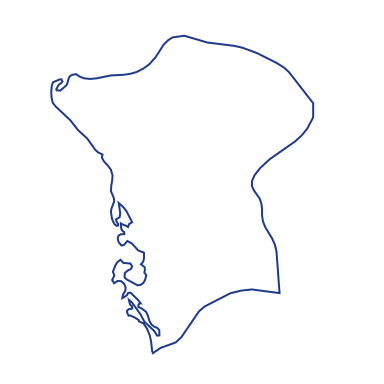 the border of Phú Yên, rotated 174°
{"feature_id": "VNM-482", "entity_name": "Phú Yên", "entity_type": "Province", "adm_level": 1, "iso_a3": "VNM", "parent_name": "Vietnam", "parent_adm1": "", "projection": "orthographic", "projection_center": [109.224, 13.226], "detail": "fine", "context": "isolated", "style": "outline", "palette": "blue", "viewbox_px": 384, "rotation_deg": 174, "n_neighbors": 0, "source": "natural_earth", "source_scale": "10m", "svg_char_len": 2563}
<svg xmlns="http://www.w3.org/2000/svg" viewBox="0 0 384 384"><g transform="rotate(174 192 192)"><path d="M247.7,35.8L248.3,38.1L248.3,47.3L249.0,53.8L251.0,60.8L254.1,66.5L258.2,68.8L258.4,70.2L262.2,73.2L266.5,75.7L268.0,75.6L269.1,78.6L269.0,80.8L267.3,82.0L263.6,82.3L263.6,84.6L265.0,86.0L265.5,87.0L266.0,91.3L263.3,88.5L256.1,75.9L252.8,67.8L244.1,57.8L241.7,52.8L239.4,52.8L239.0,58.1L240.8,60.5L243.5,61.9L246.1,64.3L247.7,67.9L249.0,74.4L250.3,77.8L254.5,81.6L257.4,83.3L257.1,85.3L255.8,86.8L254.7,86.6L256.9,90.2L263.6,98.3L266.0,98.3L267.2,96.5L268.4,95.6L272.4,93.8L271.4,97.0L268.6,100.9L268.0,103.8L269.1,108.0L271.8,110.7L275.4,111.3L279.0,109.4L280.6,112.8L277.9,117.2L279.0,120.9L275.9,127.0L273.8,129.8L270.3,132.1L267.6,128.6L260.7,127.3L259.3,124.1L260.8,121.9L264.2,120.5L267.3,118.4L268.0,114.1L266.1,111.9L255.9,104.9L252.8,105.1L250.3,106.3L248.1,109.0L246.1,114.1L247.8,116.8L247.0,119.4L246.9,122.2L250.3,125.4L247.8,127.8L246.7,131.1L246.1,136.7L251.6,139.5L257.1,147.0L261.5,150.0L265.0,146.6L267.7,146.1L270.3,150.0L270.7,153.7L269.7,156.2L267.3,157.4L263.7,157.2L263.7,159.2L265.3,160.7L266.1,162.6L266.3,165.0L266.0,168.2L264.5,167.0L260.9,165.2L259.3,163.9L257.8,166.8L257.1,167.0L254.7,168.2L259.1,179.6L262.0,184.3L266.0,188.7L265.6,178.4L266.7,174.4L270.3,172.8L270.3,170.7L268.9,168.2L269.1,166.4L270.5,166.2L272.5,168.2L273.7,171.1L274.4,174.2L274.7,181.0L274.0,183.5L270.3,191.0L270.4,194.3L272.5,201.2L271.7,206.5L270.2,211.6L269.3,216.8L270.3,222.6L272.9,227.1L276.1,231.2L278.0,235.6L277.1,238.6L281.2,241.2L283.8,244.0L290.5,256.0L299.0,265.6L305.4,275.9L318.9,291.6L321.1,295.2L321.8,300.3L321.5,306.5L320.4,312.1L318.9,315.5L317.4,316.1L311.7,317.8L310.1,317.7L309.3,315.4L311.0,313.8L313.3,312.6L314.5,311.1L315.2,309.8L316.3,308.4L315.9,307.3L312.5,306.6L305.7,311.2L304.7,312.9L302.7,318.0L301.3,320.0L298.6,321.1L295.8,321.2L295.2,321.4L291.2,318.2L287.6,316.4L281.7,315.1L275.1,315.0L260.6,316.4L247.3,315.7L240.7,316.0L234.3,317.2L227.8,319.7L221.2,323.4L214.0,330.0L204.7,341.6L199.8,345.5L195.1,347.8L183.3,348.2L161.2,339.1L134.6,332.9L126.7,330.2L112.6,323.2L93.9,311.2L87.3,305.9L82.9,300.9L62.2,267.6L63.7,253.5L70.9,242.8L77.2,236.7L84.2,231.5L111.1,216.6L121.6,208.8L128.0,202.2L131.2,196.7L131.8,192.0L130.4,187.4L125.5,178.6L124.3,173.8L124.1,167.9L124.8,161.2L124.5,155.3L122.8,149.3L117.3,137.7L115.2,131.4L114.2,124.2L115.5,82.3L142.5,88.8L153.4,88.8L164.4,87.3L191.5,76.8L197.5,72.6L217.7,48.8L223.9,44.1L239.4,40.3L246.8,36.3L247.7,35.8Z" fill="none" stroke="#1e3a8a" stroke-width="2"/></g></svg>